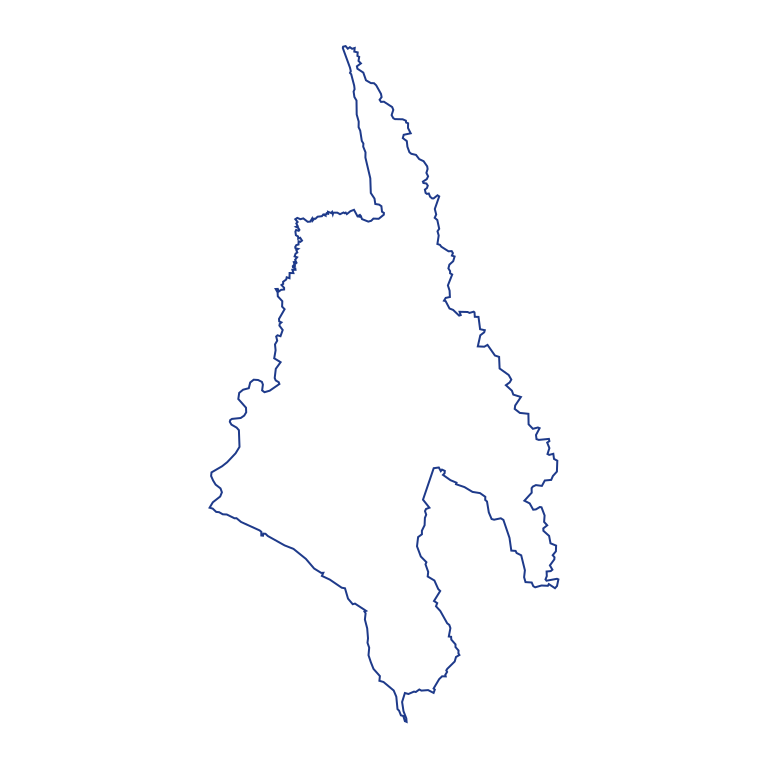 the district of Na Yai Am, Chanthaburi, Thailand
{"feature_id": "78962969B31255089270993", "entity_name": "Na Yai Am", "entity_type": "district", "adm_level": 2, "iso_a3": "THA", "parent_name": "Thailand", "parent_adm1": "Chanthaburi", "projection": "mercator", "projection_center": [101.878, 12.754], "detail": "fine", "context": "isolated", "style": "outline", "palette": "blue", "viewbox_px": 768, "rotation_deg": 0, "n_neighbors": 0, "source": "geoboundaries", "source_scale": "gbopen_adm2", "svg_char_len": 6096}
<svg xmlns="http://www.w3.org/2000/svg" viewBox="0 0 768 768"><path d="M297.3,217.9L295.3,219.2L297.6,222.0L296.3,223.4L297.7,226.1L296.0,226.8L298.3,228.0L299.4,229.9L298.7,230.8L296.1,230.0L295.4,231.7L295.9,235.2L298.1,236.5L298.2,238.7L300.2,237.8L302.0,240.6L300.3,241.9L298.6,241.3L298.5,244.5L296.3,245.1L295.2,247.0L295.5,248.3L298.1,248.9L296.3,250.1L297.3,252.5L295.6,253.6L294.6,256.4L297.1,257.3L295.1,259.8L296.5,262.8L295.8,263.4L295.3,261.9L293.8,262.1L295.0,266.0L294.5,266.5L293.6,265.3L292.8,266.2L293.0,267.3L295.3,268.3L295.5,269.8L292.4,269.8L293.4,273.1L289.6,273.0L289.5,278.2L286.7,277.3L286.2,279.5L283.1,281.8L283.2,283.9L281.5,285.0L284.1,287.8L284.1,289.5L281.2,289.8L278.8,291.5L277.8,288.9L275.7,289.0L277.6,292.4L277.8,296.3L282.3,301.2L282.1,306.6L284.6,309.2L279.0,318.9L279.2,321.4L281.4,322.4L279.7,323.9L279.4,325.6L282.7,330.0L280.5,336.2L277.5,335.3L276.2,336.5L277.2,340.7L275.0,344.4L275.6,350.3L274.2,358.3L280.6,362.2L275.8,368.8L274.7,378.0L275.7,380.4L278.7,382.2L279.4,384.0L269.7,390.7L264.5,392.2L262.1,390.4L262.9,384.6L261.9,381.9L258.1,380.0L253.7,379.7L250.2,382.5L248.8,388.2L243.1,389.7L239.2,392.9L238.3,399.0L246.0,407.7L246.2,412.3L244.2,415.6L240.7,418.0L232.0,418.9L230.2,420.1L229.8,421.8L231.4,424.6L236.6,427.6L238.9,430.2L239.5,446.9L235.6,453.3L227.2,462.2L222.0,466.3L211.5,472.4L211.1,476.0L213.1,480.5L215.6,484.6L220.5,488.4L221.9,492.3L220.2,496.5L212.8,502.3L209.6,507.7L212.7,508.6L216.2,511.9L219.1,512.2L222.8,514.3L226.8,514.5L234.5,518.3L236.5,518.2L241.1,522.0L259.6,530.4L261.3,531.8L261.3,535.5L263.0,535.7L263.4,533.6L265.5,533.8L267.8,536.0L284.6,545.4L293.5,548.9L305.9,558.9L314.1,568.5L321.2,572.9L323.3,572.8L321.9,575.9L329.8,579.6L341.7,587.7L345.0,588.3L348.0,598.6L352.7,604.2L355.0,603.6L366.1,610.9L364.5,611.6L365.6,613.3L364.9,619.5L367.2,628.4L368.0,638.3L367.5,642.8L369.2,647.7L368.5,655.2L370.8,662.1L373.5,668.9L379.9,676.1L379.4,680.8L383.5,682.0L393.7,690.5L396.3,696.7L397.5,709.1L399.1,710.7L400.9,715.3L403.3,716.0L404.9,721.2L406.6,721.9L406.3,718.4L403.5,711.2L402.1,702.0L404.9,693.0L408.4,694.0L414.0,691.6L415.8,692.0L419.3,689.5L421.4,690.6L428.1,690.1L433.6,692.9L434.8,689.6L433.6,688.5L439.2,679.1L442.1,676.3L445.7,676.4L445.3,674.8L447.1,671.9L446.3,670.4L447.3,668.8L454.7,661.5L456.0,657.0L459.4,655.0L458.4,653.3L458.5,650.5L455.5,647.1L455.5,644.4L451.3,639.6L451.1,636.8L448.8,636.5L450.4,628.1L449.3,624.9L447.2,623.3L440.3,611.0L436.0,606.3L437.2,603.1L434.0,601.0L440.2,591.0L438.2,589.0L434.4,580.5L427.7,576.5L428.2,571.9L425.5,564.3L426.4,562.2L420.8,556.5L417.0,546.3L418.1,537.1L421.9,534.3L421.9,530.7L424.6,525.2L424.9,517.9L426.2,514.7L425.0,511.1L426.0,509.0L429.4,507.7L423.0,499.7L433.7,468.2L438.8,467.5L440.8,471.1L442.0,469.6L444.8,470.9L444.6,473.2L443.0,474.9L450.5,480.2L456.5,482.7L456.0,484.2L464.5,487.1L472.5,491.9L480.0,493.1L485.3,496.8L485.2,499.9L487.0,501.5L488.8,512.4L491.6,519.0L494.1,519.7L500.8,518.3L503.4,519.9L509.5,537.9L511.3,550.6L515.6,550.9L516.6,553.0L521.2,555.3L524.9,570.3L524.1,577.2L525.5,582.1L531.7,582.5L533.3,586.2L535.2,587.3L541.5,585.5L547.9,585.8L548.8,584.1L555.0,588.2L557.0,586.0L558.4,579.4L557.0,578.8L546.5,580.7L545.5,579.4L546.8,576.1L546.6,571.5L550.7,571.1L552.4,569.7L549.9,565.4L554.3,559.4L554.5,557.3L552.7,555.2L555.9,551.3L556.1,545.6L550.5,543.3L549.1,535.9L543.4,530.8L543.3,528.4L547.2,525.3L544.1,521.9L544.6,515.5L541.5,507.3L539.9,507.0L535.9,509.4L533.2,509.7L529.7,503.4L524.4,500.7L531.7,492.7L531.6,488.2L532.8,486.6L535.9,485.1L541.9,485.9L544.8,480.5L551.2,479.9L552.9,476.0L556.9,471.6L557.3,460.7L554.0,458.9L553.3,453.8L549.2,454.9L547.5,454.0L549.4,448.1L547.2,442.6L549.4,441.1L548.9,438.9L538.8,439.9L536.5,439.1L536.0,435.0L539.6,428.2L537.9,427.5L532.9,428.8L528.6,424.3L528.4,413.8L519.8,412.9L514.7,408.9L515.2,405.5L520.9,397.0L513.3,394.6L511.9,390.7L505.9,385.2L509.7,382.4L511.3,379.6L508.7,375.0L499.6,368.5L499.1,356.9L494.9,355.5L487.5,344.9L484.3,346.7L477.8,346.4L480.3,335.3L484.2,332.3L484.8,330.2L480.1,329.2L478.5,316.9L474.8,316.8L474.5,312.4L473.7,311.7L469.5,312.9L467.6,312.0L459.6,311.8L460.7,315.1L459.1,315.6L453.1,309.9L449.5,308.5L445.6,301.1L444.0,300.7L445.7,297.9L449.9,297.0L449.6,290.7L447.9,285.4L452.2,274.5L450.1,273.3L450.1,271.1L448.4,268.4L449.4,264.6L453.2,261.2L454.6,256.5L451.9,255.6L452.9,253.1L451.7,251.1L448.5,251.3L441.3,246.7L440.0,244.9L437.4,244.0L438.7,235.5L437.5,231.3L439.2,228.8L437.3,220.0L434.7,217.8L436.2,214.5L434.8,209.0L439.2,196.4L437.5,195.3L433.6,198.4L432.1,198.4L430.1,196.7L428.8,193.5L426.9,193.9L425.6,192.9L424.9,189.6L426.9,188.1L427.8,185.6L426.4,183.5L423.4,183.0L422.9,181.6L426.8,179.1L428.1,176.3L426.4,172.9L427.6,169.0L427.2,166.4L423.6,161.2L419.2,159.1L416.0,154.9L411.3,153.8L409.4,152.2L407.4,146.7L406.8,141.1L402.8,138.1L403.7,134.8L410.7,133.3L408.0,128.0L408.1,123.3L406.1,122.5L405.9,120.7L402.7,119.3L394.9,119.1L393.3,118.2L391.6,115.1L393.3,109.9L392.2,107.1L383.9,101.7L381.0,101.9L379.6,99.8L381.6,97.1L381.0,93.9L376.2,85.3L374.0,83.2L370.9,83.1L366.0,80.3L363.3,72.6L357.4,68.7L356.9,66.3L360.9,63.4L358.5,60.9L359.2,56.9L357.4,55.9L357.7,52.4L354.3,51.6L354.7,48.0L352.1,48.8L349.9,47.2L347.8,48.7L345.6,46.1L343.1,46.7L342.8,48.0L350.0,67.7L350.8,71.2L350.0,72.9L351.2,74.2L354.2,85.7L354.6,89.2L353.6,91.5L354.4,97.0L356.5,100.5L356.7,114.5L358.7,121.6L358.6,127.2L360.2,130.6L361.8,140.9L363.4,143.6L363.2,146.6L365.5,152.3L365.4,157.5L370.3,178.3L370.8,193.0L374.5,198.6L375.3,204.0L379.1,204.6L381.4,206.2L382.0,211.7L383.9,212.9L383.8,214.7L378.7,218.8L373.4,218.6L371.2,220.8L368.3,221.6L362.0,219.1L361.2,217.0L360.0,216.8L360.8,216.0L359.9,214.9L357.5,216.3L354.0,209.8L350.4,211.2L346.8,214.1L345.7,212.6L344.6,213.2L343.5,212.5L340.0,214.2L337.4,212.7L333.3,212.7L332.8,214.3L332.1,211.9L331.1,213.0L328.0,211.8L328.1,213.7L326.7,213.2L326.4,214.4L324.8,214.4L325.2,215.5L323.2,214.6L321.9,216.2L317.6,216.7L315.4,218.8L313.2,218.6L313.7,219.4L312.5,220.8L312.1,218.6L310.2,221.6L307.7,221.8L303.3,218.4L300.4,219.2L297.3,217.9Z" fill="none" stroke="#1e3a8a" stroke-width="2"/></svg>